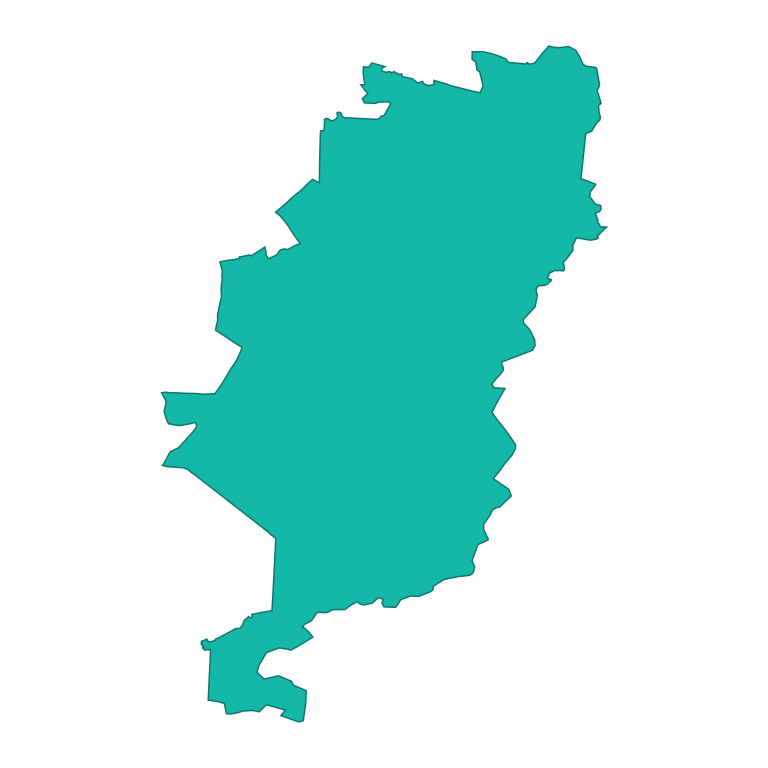 Vecumu pag., Vilakas, Latvia
{"feature_id": "27541924B24216055125897", "entity_name": "Vecumu pag.", "entity_type": "district", "adm_level": 2, "iso_a3": "LVA", "parent_name": "Latvia", "parent_adm1": "Vilakas", "projection": "natural_earth1", "projection_center": [27.805, 57.201], "detail": "fine", "context": "isolated", "style": "filled", "palette": "teal", "viewbox_px": 768, "rotation_deg": 0, "n_neighbors": 0, "source": "geoboundaries", "source_scale": "gbopen_adm2", "svg_char_len": 6057}
<svg xmlns="http://www.w3.org/2000/svg" viewBox="0 0 768 768"><path d="M208.2,700.1L220.6,702.1L220.7,702.3L224.3,703.4L226.5,713.7L230.6,713.9L234.6,713.4L239.3,712.3L241.7,711.4L244.2,710.7L245.4,710.9L251.4,710.5L253.7,710.6L256.0,711.0L259.2,711.8L266.3,704.8L285.4,710.1L280.9,715.6L298.6,721.9L303.2,720.7L305.6,704.5L306.3,690.8L293.3,685.1L291.4,681.2L278.5,675.8L264.0,679.1L256.9,672.1L259.1,665.0L266.5,652.6L279.3,647.8L291.3,650.0L299.9,645.1L312.9,637.1L308.7,632.0L303.8,627.6L302.4,627.0L303.0,626.7L304.3,624.6L304.8,624.2L311.6,620.7L316.4,613.3L316.9,612.9L318.8,612.2L324.3,612.7L328.2,612.1L332.2,609.8L333.2,609.6L345.1,609.5L349.5,606.0L356.5,602.0L357.1,601.8L357.9,602.2L358.3,602.7L358.7,603.1L360.9,604.3L363.8,605.0L372.1,603.2L378.1,597.9L378.8,597.8L379.5,597.9L382.4,598.9L382.8,599.1L383.1,599.5L383.1,599.8L381.9,603.0L382.0,603.4L383.6,606.5L384.1,606.9L395.2,607.3L396.2,606.8L400.5,600.0L401.1,599.5L410.8,596.0L417.2,596.4L418.7,596.3L430.5,591.7L432.0,590.7L433.1,589.4L433.1,587.1L433.3,586.3L443.8,579.5L459.6,576.3L461.8,576.3L469.5,575.3L471.8,574.1L473.1,572.3L473.8,571.1L474.7,566.8L473.1,563.2L472.5,562.0L472.1,560.5L477.7,545.2L478.3,544.4L485.8,541.1L487.8,540.1L488.1,539.8L488.2,539.4L488.1,538.8L483.7,529.7L483.6,524.4L483.7,524.1L489.8,515.5L492.6,509.8L496.0,507.8L500.0,506.9L500.1,506.6L511.3,495.9L508.9,489.4L493.3,478.7L499.7,470.9L503.9,464.7L512.3,454.6L515.2,449.2L515.7,444.9L506.5,431.4L496.7,419.2L492.0,412.4L498.4,399.7L501.7,394.3L505.0,388.5L494.1,387.8L491.8,384.2L497.1,377.6L500.9,373.6L503.1,370.6L503.3,368.1L501.6,363.2L501.8,362.4L502.2,361.8L532.2,350.4L532.5,350.2L532.5,349.9L535.0,345.8L534.7,340.0L530.0,330.0L524.1,323.6L523.4,321.4L523.2,320.1L523.3,319.6L523.7,319.1L534.6,307.3L535.1,306.7L537.1,296.5L537.4,294.9L537.2,294.2L536.4,292.4L536.1,290.0L536.4,288.8L537.9,286.2L538.6,285.8L544.7,285.3L547.1,284.3L547.8,283.8L548.9,282.6L551.0,281.0L551.3,280.3L551.2,279.6L550.4,279.2L548.5,278.8L547.5,277.6L547.6,276.8L548.8,275.6L548.8,273.7L549.0,273.4L549.5,273.0L554.3,270.8L555.5,270.4L556.6,270.7L559.8,270.4L562.0,270.9L563.0,270.8L563.8,270.5L564.2,269.9L564.5,269.3L564.5,268.6L563.8,265.1L563.4,262.0L564.1,261.1L565.6,260.0L572.6,251.0L572.9,250.4L572.9,246.3L573.1,244.7L575.8,239.0L576.5,238.2L576.9,237.9L578.2,238.0L589.1,240.0L590.6,240.1L591.8,240.0L596.7,239.0L598.0,238.1L598.2,237.8L597.4,235.9L597.4,235.6L599.1,234.5L606.4,227.0L605.2,227.1L604.0,226.9L600.7,227.0L599.1,224.0L597.4,222.7L598.0,220.6L596.8,217.6L596.1,215.0L595.2,213.8L595.1,213.3L596.7,212.5L599.0,211.9L599.8,211.1L600.4,210.3L600.9,209.2L601.1,208.1L601.0,206.7L600.7,205.7L600.0,205.2L598.5,204.8L597.2,204.6L595.4,204.1L589.5,196.3L590.4,191.7L595.6,184.8L595.7,184.3L581.0,178.6L585.7,133.7L591.6,131.2L596.7,123.0L599.8,120.0L600.3,117.3L599.0,111.6L598.5,105.8L598.8,105.0L601.0,103.5L601.0,103.0L597.7,92.4L597.1,90.8L599.6,85.0L596.9,69.5L596.4,68.2L595.7,67.6L595.1,67.4L585.6,66.1L583.1,64.3L579.5,56.5L576.1,50.8L575.7,50.3L574.8,49.8L568.4,46.5L560.5,47.6L557.0,47.6L554.8,47.5L548.7,46.1L544.4,51.3L544.0,51.3L537.4,59.5L534.7,63.1L530.1,64.1L528.1,63.4L526.9,62.6L526.6,63.4L526.2,63.9L525.6,64.0L510.7,62.6L509.0,62.5L507.8,61.9L505.9,58.9L498.9,56.1L491.8,53.7L483.5,51.8L472.2,51.8L472.1,59.5L475.7,61.8L477.1,70.1L479.7,71.7L481.8,80.3L483.1,85.9L480.1,92.8L468.5,90.2L448.3,85.0L448.1,84.5L434.0,80.4L433.8,84.7L428.4,85.5L428.3,85.8L423.6,83.6L422.5,81.4L417.7,83.1L412.3,78.7L402.4,76.7L401.5,73.8L399.3,74.5L395.8,72.7L394.1,71.6L391.6,72.9L390.2,71.7L385.7,72.2L381.6,71.0L382.0,68.1L385.0,66.6L371.8,63.0L368.8,67.2L363.4,66.8L363.2,73.0L363.9,78.7L364.9,84.7L360.8,84.8L366.1,91.7L367.9,93.5L362.3,98.7L364.5,102.9L375.9,103.4L377.6,102.3L389.1,101.7L390.7,103.6L384.6,114.7L383.9,115.6L380.8,116.3L379.9,118.2L377.2,119.4L344.5,117.7L342.3,116.6L341.1,113.5L340.6,112.8L340.0,112.4L338.4,112.3L337.1,112.6L337.1,113.0L337.2,114.6L337.7,116.1L337.6,116.9L336.1,118.8L334.5,120.0L332.5,120.7L331.6,120.7L331.2,121.0L329.3,119.4L328.4,118.9L326.1,118.3L325.7,118.5L324.4,119.8L324.7,119.9L324.3,126.2L324.1,130.6L322.5,130.5L321.2,130.7L321.6,131.2L320.5,131.7L320.0,146.1L319.5,170.3L319.4,182.8L312.6,179.4L307.3,183.9L305.0,186.6L304.7,186.8L298.5,192.6L298.2,192.5L291.5,198.2L284.4,204.9L275.6,212.2L280.1,215.8L285.6,222.3L288.5,226.3L290.8,230.2L297.2,239.5L300.4,243.6L296.4,245.0L293.9,246.1L288.1,249.4L287.8,249.7L286.6,249.3L284.2,248.9L281.6,249.6L280.6,250.0L279.2,251.1L277.2,254.4L275.7,255.5L268.3,258.8L265.9,254.4L266.1,252.3L264.9,247.1L251.2,255.9L249.5,255.0L239.3,257.0L239.8,258.2L234.1,259.7L227.2,260.4L220.0,261.9L222.2,270.6L222.1,275.3L221.6,276.3L222.3,278.3L222.1,281.2L221.3,285.3L221.1,289.8L221.6,296.7L221.2,297.9L217.7,313.9L217.6,315.1L217.5,318.5L217.7,320.2L216.2,326.3L215.5,330.1L237.6,344.7L242.1,347.5L239.3,354.7L235.7,361.7L231.3,368.1L222.6,382.7L220.6,385.8L214.9,393.7L212.5,393.7L204.2,394.3L195.0,393.5L183.7,393.3L179.7,393.0L166.5,392.6L166.5,392.2L164.3,392.3L161.6,392.8L165.5,400.0L166.0,403.6L164.0,411.2L165.5,416.5L167.8,422.3L168.7,423.1L168.6,423.8L177.9,425.4L180.4,425.5L192.2,423.3L193.4,422.8L195.1,422.5L196.4,424.4L196.6,425.7L196.1,427.4L195.2,428.8L193.9,430.5L193.3,431.5L178.4,447.8L170.9,451.4L170.3,451.9L169.0,453.9L163.4,464.4L162.5,465.2L164.9,466.1L167.4,466.6L183.2,467.8L185.9,468.6L188.4,469.9L190.9,471.9L190.8,472.1L194.6,474.7L240.0,510.0L268.1,532.0L270.2,533.7L270.0,533.9L275.8,538.3L272.8,597.1L272.0,610.6L251.8,614.3L252.3,617.0L252.1,617.3L250.2,617.8L248.7,616.5L244.4,620.3L242.0,626.0L240.0,628.2L239.3,628.4L235.8,628.6L219.5,637.4L215.2,639.3L215.3,640.6L215.1,640.7L208.8,642.0L208.5,641.9L206.7,639.1L205.0,640.0L201.4,641.4L201.3,641.9L201.9,642.0L202.2,642.4L202.0,643.3L201.2,643.7L201.2,643.9L202.0,644.6L201.8,644.9L203.2,645.9L203.0,646.6L203.7,647.3L203.4,647.7L202.5,647.8L202.5,648.0L204.1,649.3L204.3,649.8L205.2,650.2L206.4,649.8L208.2,649.6L209.1,649.9L209.7,649.5L210.6,649.8L208.2,700.1Z" fill="#14b8a6" stroke="#0f766e" stroke-width="1.5"/></svg>